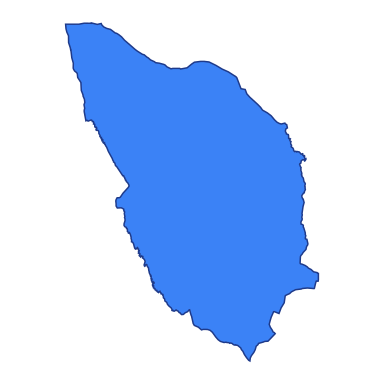 Mbozi, Mbeya, United Republic of Tanzania (Equal Earth projection)
{"feature_id": "72390352B44769786141856", "entity_name": "Mbozi", "entity_type": "district", "adm_level": 2, "iso_a3": "TZA", "parent_name": "United Republic of Tanzania", "parent_adm1": "Mbeya", "projection": "equal_earth", "projection_center": [32.882, -8.972], "detail": "fine", "context": "isolated", "style": "filled", "palette": "blue", "viewbox_px": 384, "rotation_deg": 0, "n_neighbors": 0, "source": "geoboundaries", "source_scale": "gbopen_adm2", "svg_char_len": 5994}
<svg xmlns="http://www.w3.org/2000/svg" viewBox="0 0 384 384"><path d="M236.0,76.8L228.4,71.9L222.2,69.1L216.0,65.4L209.1,62.0L204.1,61.4L200.7,61.4L194.4,62.2L191.6,64.1L187.1,67.8L180.6,69.0L179.7,68.4L172.9,68.4L171.0,68.8L167.0,66.9L165.1,65.0L163.8,64.4L159.3,63.2L155.7,62.7L154.4,61.7L150.5,59.9L148.3,57.9L146.9,57.1L144.2,54.8L142.4,54.3L137.6,51.3L135.2,49.5L124.5,40.2L121.5,36.8L118.7,34.6L116.6,33.3L115.4,33.1L110.5,29.4L106.7,28.4L103.7,26.9L101.8,24.9L101.2,23.5L97.3,24.4L91.7,23.0L91.8,23.3L84.2,23.2L78.9,24.2L65.6,24.2L66.0,28.8L66.8,32.0L68.5,35.8L68.6,42.6L70.3,47.8L70.7,50.1L70.9,50.0L71.8,57.8L73.3,63.1L73.2,68.1L73.5,69.1L74.6,71.0L76.6,72.6L77.3,73.7L77.7,77.5L80.9,82.5L81.3,90.5L82.5,93.5L83.1,95.3L83.0,95.9L84.4,99.2L84.8,102.4L84.0,104.8L84.7,108.3L84.2,110.2L84.2,111.6L85.9,120.8L87.0,120.3L88.1,121.1L91.1,120.0L91.9,120.4L92.4,121.7L93.4,121.6L93.8,122.8L93.5,124.0L94.7,124.3L94.8,126.8L95.4,127.4L95.9,127.1L96.4,127.3L96.7,128.0L96.7,128.5L96.0,129.4L96.2,130.2L96.9,130.4L97.3,130.2L98.3,130.6L98.8,131.9L98.9,133.5L100.1,135.6L99.9,136.6L100.6,137.0L100.9,137.9L101.4,137.7L101.4,138.9L101.9,140.3L102.5,139.4L102.8,139.7L102.7,141.2L103.2,141.9L103.0,142.5L103.8,143.2L104.5,142.8L104.7,144.2L105.2,144.5L105.5,145.5L106.7,147.3L108.4,151.5L112.4,158.8L112.7,160.0L113.5,161.1L113.5,161.9L114.8,163.0L115.5,165.6L116.7,166.6L122.8,175.8L123.6,175.7L124.1,177.1L124.6,177.5L124.9,178.8L125.5,179.3L125.4,180.0L126.1,180.6L126.3,181.5L127.7,182.8L128.8,184.8L129.0,185.6L128.9,186.4L128.2,187.5L123.0,193.2L120.3,197.2L119.3,197.7L117.1,197.8L116.1,199.6L115.8,201.0L116.1,203.8L116.1,206.0L117.3,208.0L121.3,207.8L123.7,209.1L123.9,211.0L124.5,211.5L124.6,212.2L124.3,213.6L124.9,216.7L124.5,217.6L125.0,218.7L125.0,220.8L124.1,223.6L124.0,225.3L124.7,226.6L126.4,227.5L126.5,228.6L127.3,228.9L127.5,230.1L127.3,231.2L128.0,231.9L128.4,233.1L129.0,233.2L129.5,232.7L130.4,234.6L131.1,237.2L131.1,238.7L131.6,240.0L131.5,241.8L132.6,242.2L133.5,243.7L134.6,247.9L134.9,248.5L135.5,248.4L135.6,249.1L136.0,249.1L137.5,247.6L137.7,247.9L137.5,248.5L137.8,248.9L138.4,249.0L138.3,249.4L138.8,250.6L139.2,250.6L138.9,251.6L138.5,251.6L138.5,252.1L138.9,252.3L138.5,253.2L139.8,253.6L139.9,254.0L139.2,255.4L139.4,255.8L140.0,255.5L140.2,256.5L140.7,257.1L141.7,256.0L141.9,256.3L142.8,256.5L142.6,258.0L143.4,258.4L144.7,260.1L145.1,261.7L144.1,264.9L144.4,265.9L144.8,266.3L145.1,266.0L145.4,264.9L146.6,264.5L146.9,264.8L146.8,265.2L147.5,266.7L148.4,267.7L148.9,271.1L149.3,271.7L149.2,272.6L149.8,274.1L150.5,274.8L150.3,275.7L150.5,276.1L151.0,275.9L151.2,276.6L151.0,278.7L151.2,279.1L151.6,279.0L151.4,279.7L151.9,279.9L151.5,280.3L151.5,280.8L152.1,281.6L152.2,282.5L152.4,282.7L153.0,282.0L153.2,282.7L153.5,282.8L153.9,282.4L154.1,282.7L154.0,283.3L152.9,283.9L152.4,285.0L152.7,285.6L153.5,285.5L153.7,285.9L153.1,286.6L153.6,287.1L153.4,287.7L154.1,288.1L154.2,288.6L154.9,288.6L155.1,289.8L155.8,290.1L156.3,290.8L156.8,290.5L157.5,292.0L158.3,292.0L158.5,292.4L159.3,291.5L159.7,291.8L160.0,291.5L160.4,292.6L160.9,292.9L161.0,293.5L161.3,293.3L162.0,294.3L162.9,294.5L162.8,295.4L163.3,296.0L163.4,297.8L164.5,298.7L165.0,301.1L166.7,302.3L167.5,304.4L169.1,306.2L171.1,307.8L172.1,309.7L171.9,310.4L172.2,310.6L172.9,310.3L173.3,311.0L174.6,311.1L175.8,310.1L176.5,310.1L177.1,310.8L177.9,310.9L179.1,312.5L180.0,312.7L180.3,313.4L181.7,314.6L183.4,314.4L185.3,312.7L187.6,311.7L189.0,310.0L189.6,309.8L191.0,314.9L191.6,316.3L193.2,323.5L194.3,325.4L198.4,327.2L201.5,329.9L203.2,329.4L205.9,329.4L207.7,329.5L210.1,330.3L212.4,332.3L215.6,336.8L218.1,339.7L220.4,341.4L224.0,342.5L226.1,342.2L226.7,342.5L229.0,342.7L229.7,343.3L230.6,343.0L232.2,343.5L233.1,344.4L234.3,345.0L235.7,345.1L235.7,344.9L237.8,345.5L240.7,347.9L241.4,349.6L242.9,351.3L244.4,354.5L246.5,357.6L248.7,360.3L249.9,361.0L250.3,358.0L251.4,355.7L253.9,352.3L255.2,349.7L256.2,346.2L258.0,344.6L258.5,343.4L263.2,342.1L264.8,341.4L268.0,341.2L275.2,333.7L274.3,332.6L273.0,331.9L272.4,330.4L270.3,327.2L269.2,324.3L270.2,320.5L271.2,317.2L273.6,311.7L274.5,311.7L279.0,313.5L281.1,307.9L284.2,302.8L285.2,295.9L286.2,295.1L289.6,293.6L291.5,291.8L295.6,289.7L301.3,289.0L302.4,288.5L307.4,288.0L314.1,288.6L314.4,288.3L315.7,282.7L316.3,281.1L318.1,281.2L318.4,279.8L318.4,273.4L317.5,273.2L317.2,272.6L313.6,271.8L311.1,269.5L308.4,268.1L307.3,266.9L305.2,265.5L301.9,264.1L301.0,264.0L300.3,263.6L300.1,263.0L300.4,256.8L300.8,255.6L302.1,254.2L303.1,252.5L306.0,249.4L306.4,247.2L306.9,246.0L307.7,244.9L307.9,243.7L306.9,239.3L305.5,238.9L305.3,238.1L305.8,235.6L305.3,234.6L305.3,232.9L303.8,227.9L303.3,227.1L303.3,225.3L302.6,224.6L301.1,224.1L300.9,222.4L301.4,220.8L302.1,219.9L302.2,218.7L301.8,217.2L302.3,214.9L302.0,213.7L303.0,206.7L304.1,202.5L303.2,199.1L302.8,199.0L301.9,196.9L301.8,195.6L303.5,193.1L304.3,192.8L304.4,191.6L305.1,190.2L305.4,189.2L305.1,188.6L305.1,186.7L304.9,186.6L304.8,186.0L305.3,183.8L304.7,182.5L304.0,181.7L303.3,178.1L301.9,176.3L301.9,175.3L301.6,175.2L301.4,174.1L301.8,173.9L301.8,173.2L300.8,170.1L301.0,169.2L300.8,168.4L301.1,167.7L300.3,166.3L299.6,164.3L299.9,163.6L300.8,163.2L301.3,160.7L302.9,159.6L303.9,159.8L304.6,161.0L305.0,160.8L305.9,159.4L305.9,158.6L304.9,158.9L304.6,157.5L304.1,156.8L304.7,156.1L304.4,155.6L303.6,155.7L302.9,155.3L302.7,154.7L302.9,154.1L302.6,153.7L301.2,154.2L299.3,152.0L297.0,151.5L296.7,151.9L295.6,151.3L294.6,151.6L293.6,150.4L293.5,149.2L292.6,147.7L291.4,147.1L291.2,146.4L291.5,145.9L291.5,145.1L290.8,144.2L290.6,142.8L291.0,141.5L289.9,140.7L289.8,139.9L290.4,138.9L289.8,138.5L289.1,138.7L288.6,138.4L288.6,135.8L288.3,134.6L286.4,133.9L286.3,133.2L285.5,131.7L285.4,130.7L285.9,128.9L287.4,127.9L286.7,124.6L285.4,124.0L284.9,123.1L281.2,124.0L279.2,123.4L277.0,122.2L274.6,119.9L271.2,115.8L267.4,112.9L262.5,110.1L260.7,107.5L257.7,104.4L249.8,97.2L246.8,93.8L245.2,89.5L241.0,88.7L236.8,77.7L236.0,76.8Z" fill="#3b82f6" stroke="#1e3a8a" stroke-width="1.5"/></svg>